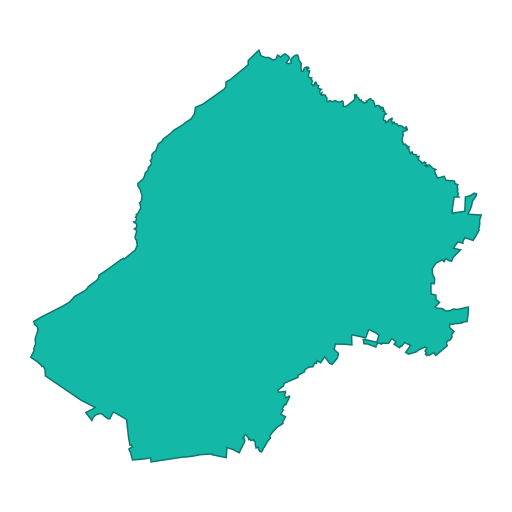 Puerto Escondido, Córdoba, Colombia
{"feature_id": "7082276B3276683190429", "entity_name": "Puerto Escondido", "entity_type": "district", "adm_level": 2, "iso_a3": "COL", "parent_name": "Colombia", "parent_adm1": "Córdoba", "projection": "mercator", "projection_center": [-76.165, 8.994], "detail": "fine", "context": "isolated", "style": "filled", "palette": "teal", "viewbox_px": 512, "rotation_deg": 0, "n_neighbors": 0, "source": "geoboundaries", "source_scale": "gbopen_adm2", "svg_char_len": 6013}
<svg xmlns="http://www.w3.org/2000/svg" viewBox="0 0 512 512"><path d="M435.8,355.5L447.3,345.7L446.3,342.8L448.3,340.3L449.4,340.5L451.4,338.4L452.0,336.9L451.6,334.6L454.0,331.6L449.5,327.4L449.8,324.2L453.5,324.2L455.3,323.4L456.3,323.7L461.5,323.0L461.5,322.5L462.5,322.7L462.6,322.1L467.1,321.5L468.2,313.4L468.3,307.0L457.2,309.5L453.2,309.0L450.6,310.6L446.7,311.0L445.0,310.8L443.4,309.1L441.8,308.5L436.8,308.2L435.1,306.8L439.6,302.4L436.0,299.5L435.9,295.1L431.0,293.9L431.0,283.3L434.2,283.8L434.7,278.5L432.7,274.6L432.2,268.9L436.0,263.1L442.3,259.9L444.0,261.7L444.6,261.1L444.2,260.4L446.1,258.6L449.0,260.7L451.6,261.2L453.1,257.4L460.6,249.8L453.3,248.3L457.9,241.8L462.9,243.3L462.9,241.2L464.9,237.7L473.1,240.4L475.4,236.9L479.1,230.2L478.7,229.5L479.7,224.6L479.7,219.6L481.3,215.0L467.9,214.2L471.5,206.4L472.4,201.2L475.9,196.4L476.6,193.9L474.4,193.1L470.0,195.8L465.4,197.0L464.8,211.3L452.2,213.1L452.4,208.5L454.1,197.0L459.0,197.0L457.8,195.8L457.7,195.0L458.5,193.8L457.2,191.4L457.9,190.4L457.2,186.0L457.9,184.8L455.1,183.5L454.3,181.0L445.9,180.3L444.3,176.3L437.4,178.1L434.6,171.5L434.8,170.4L435.9,169.5L432.8,168.4L429.5,165.0L428.5,165.0L427.1,166.8L425.9,166.5L425.3,165.9L426.4,165.7L426.7,164.9L425.3,163.7L425.7,162.7L424.7,162.5L424.4,162.0L421.9,163.5L420.8,161.5L418.3,159.7L419.0,156.3L416.5,156.8L416.3,154.9L413.4,154.3L412.3,153.3L412.3,152.0L411.5,152.1L410.7,153.4L410.1,153.5L409.1,149.4L407.5,148.2L408.6,147.9L409.0,146.7L407.1,146.5L406.9,145.5L405.9,145.2L405.3,144.1L403.7,144.3L402.2,141.1L402.1,138.8L403.3,134.8L402.7,132.0L407.4,129.9L406.3,126.9L405.8,127.1L405.7,128.6L405.2,128.7L402.2,126.3L400.2,125.7L398.5,126.0L396.8,123.8L394.6,123.4L394.1,122.3L392.5,123.7L392.7,122.1L391.8,121.9L391.3,121.2L392.2,118.8L391.9,118.2L388.4,120.3L387.9,122.0L387.0,121.8L385.5,122.6L385.5,120.7L383.6,120.1L383.3,119.1L384.3,115.2L386.1,113.8L387.0,114.2L385.8,113.5L384.9,114.0L384.8,111.5L383.2,111.2L383.9,110.0L383.3,109.5L383.3,107.9L382.0,107.3L380.7,109.0L380.1,108.2L380.4,106.7L378.3,105.5L376.8,105.6L375.3,106.7L373.5,101.0L371.9,100.2L370.7,98.7L368.9,99.3L367.1,101.1L366.3,101.1L366.7,102.2L364.5,103.3L363.5,102.2L361.6,101.9L361.4,99.9L360.3,100.3L359.3,99.9L358.8,98.3L357.4,97.1L356.3,96.9L356.8,95.6L356.4,94.9L355.1,94.5L354.5,95.2L354.8,98.1L354.2,100.0L346.0,106.5L343.2,106.2L343.2,102.1L342.5,101.0L339.7,102.1L337.8,101.8L335.1,100.5L333.1,101.6L329.2,100.7L328.7,101.4L327.4,101.6L326.8,101.1L326.9,98.1L325.7,96.6L325.5,95.2L323.1,94.8L321.3,95.3L321.9,92.8L320.6,93.6L319.8,93.0L319.6,91.0L321.3,89.4L317.8,88.0L318.7,85.7L316.4,84.7L316.1,82.3L315.4,82.1L314.9,82.6L314.1,85.5L313.1,85.6L312.6,84.6L311.4,84.2L312.3,81.2L312.0,80.0L311.0,79.2L311.6,77.9L310.5,78.0L308.6,77.2L308.3,75.9L309.6,70.9L307.8,70.9L307.1,68.6L308.8,68.6L308.9,68.1L307.7,67.1L306.1,67.1L304.3,68.1L303.3,71.2L302.3,71.5L301.4,70.9L300.9,67.8L301.4,63.7L298.9,60.1L298.3,56.4L297.4,55.0L295.9,55.1L293.8,56.3L291.4,58.6L290.8,59.9L291.2,63.1L288.0,63.7L286.4,62.6L288.8,59.5L289.3,57.6L288.6,56.5L285.1,53.8L282.7,55.1L280.9,57.1L277.6,55.1L276.1,58.8L273.6,60.2L268.7,57.5L264.9,57.4L261.7,56.1L260.9,55.3L258.9,50.1L248.2,60.5L248.2,64.5L247.5,65.4L229.6,80.2L228.3,80.4L225.9,82.3L226.0,86.6L224.1,89.1L202.8,104.2L195.4,107.4L194.5,113.7L191.0,119.0L186.0,122.1L183.3,124.5L173.9,130.2L170.1,133.8L163.4,138.9L162.0,141.2L158.4,143.8L155.7,151.0L153.5,152.4L151.9,154.6L152.0,158.4L150.3,160.6L151.3,162.2L150.9,164.9L148.4,167.4L148.1,169.9L145.3,173.0L144.2,177.0L143.0,179.3L137.9,183.3L137.9,185.8L140.2,189.6L142.1,196.0L141.3,200.9L140.3,202.6L139.5,203.0L140.4,204.4L140.1,205.3L140.7,206.7L140.5,208.7L137.8,213.4L136.2,214.6L136.7,215.5L135.5,217.4L136.4,217.7L136.5,219.3L135.8,220.8L134.4,222.1L133.8,221.9L134.1,222.6L135.9,223.2L136.7,224.8L136.6,227.4L134.3,228.9L136.4,229.8L136.1,230.6L136.7,231.6L135.2,236.1L135.2,238.6L136.5,240.3L137.2,245.5L135.2,250.1L124.2,259.0L123.4,258.3L120.0,260.4L104.9,271.3L99.0,275.0L98.7,277.6L97.1,280.1L88.1,286.8L87.3,288.5L84.8,290.7L74.8,296.3L69.5,302.1L62.4,306.3L41.5,316.9L33.8,321.4L34.5,324.4L37.4,326.9L37.9,330.5L35.2,338.5L35.5,344.1L33.8,348.6L34.1,350.6L30.7,357.3L38.5,362.5L38.6,363.2L40.3,364.3L42.0,366.5L43.1,366.3L43.7,366.9L45.0,369.7L45.4,375.9L81.1,400.2L95.1,407.4L92.2,409.4L85.7,412.5L91.9,420.5L93.3,417.3L95.3,415.3L97.6,414.1L100.5,413.6L102.8,414.3L104.1,416.0L107.8,418.6L109.7,418.9L112.4,413.5L113.7,412.0L126.5,419.4L128.7,438.8L130.0,445.1L131.0,444.9L132.4,446.9L128.9,449.0L130.6,452.8L132.5,460.0L144.6,458.9L150.7,457.8L151.0,461.9L181.4,457.3L191.5,456.4L200.4,454.7L212.2,453.9L212.3,454.8L226.3,457.6L226.9,447.5L233.2,449.6L239.2,452.8L244.8,441.3L244.5,439.1L242.9,438.0L244.0,437.0L244.3,435.4L245.8,434.7L248.4,437.7L248.6,439.6L249.8,439.0L250.9,440.6L253.5,439.6L253.6,440.5L255.5,442.0L255.1,443.9L256.1,448.0L258.2,447.1L258.5,448.9L259.7,451.4L261.6,451.9L263.0,449.5L263.1,448.3L264.0,447.7L268.0,440.8L270.5,438.0L269.6,436.5L271.6,433.3L276.8,427.4L283.0,423.4L282.5,422.3L285.5,416.8L280.7,414.1L283.2,410.1L282.2,409.0L284.6,404.4L285.8,404.8L289.7,396.6L289.3,396.1L285.5,397.8L284.5,394.2L285.6,392.8L285.4,391.4L278.4,392.2L277.8,390.1L283.4,386.0L284.4,383.2L298.0,377.3L298.0,375.3L304.5,371.8L304.7,369.8L308.6,367.2L312.8,366.8L314.6,363.2L316.5,363.4L317.0,360.6L320.7,362.8L324.6,356.7L329.9,363.6L332.1,364.3L337.0,358.7L338.2,355.4L338.3,353.3L334.2,349.5L335.3,344.1L344.3,344.2L351.9,344.9L351.6,336.6L352.1,334.8L365.8,337.8L368.4,330.3L368.8,329.7L369.7,329.8L376.1,333.1L378.9,335.2L376.8,342.2L363.9,339.3L363.2,339.5L364.0,343.8L367.3,343.9L375.8,347.0L377.6,342.9L381.6,344.1L381.6,343.2L388.5,343.4L391.8,338.5L396.1,341.8L394.0,344.2L399.6,347.7L400.7,346.0L401.8,346.1L404.6,342.5L410.6,345.5L405.6,352.3L408.5,354.2L416.4,351.8L418.9,349.8L425.2,346.9L426.8,348.6L425.0,350.9L426.6,352.7L425.4,354.0L426.8,355.6L428.2,354.5L429.1,355.4L433.7,352.5L435.8,355.5Z" fill="#14b8a6" stroke="#0f766e" stroke-width="1.5"/></svg>